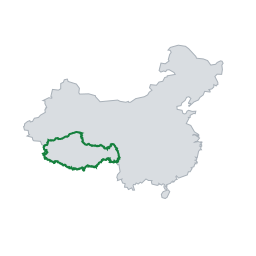 where Xizang sits in China, rotated 352°
{"feature_id": "CHN-1662", "entity_name": "Xizang", "entity_type": "Autonomous Region", "adm_level": 1, "iso_a3": "CHN", "parent_name": "China", "parent_adm1": "", "projection": "robinson", "projection_center": [89.0, 31.884], "detail": "fine", "context": "in_parent", "style": "outline", "palette": "green", "viewbox_px": 256, "rotation_deg": 352, "n_neighbors": 0, "source": "natural_earth", "source_scale": "10m", "svg_char_len": 9176}
<svg xmlns="http://www.w3.org/2000/svg" viewBox="0 0 256 256"><g transform="rotate(352 128 128)"><path d="M149.0,188.9L144.0,186.9L143.6,184.6L144.4,183.4L140.9,182.8L138.7,181.0L133.9,184.5L132.7,183.4L130.3,184.9L128.4,183.6L127.2,185.2L125.6,184.7L125.0,185.7L125.8,190.4L124.0,190.2L123.4,187.8L119.9,189.0L119.0,186.7L116.3,186.1L117.4,182.7L115.0,181.7L114.3,178.6L114.9,177.7L110.2,178.6L110.7,177.2L110.0,175.5L111.1,172.8L114.1,170.2L113.9,162.9L112.6,163.0L111.8,160.4L110.2,158.9L109.0,160.1L105.2,159.3L106.2,157.8L105.7,156.5L104.6,157.1L105.4,155.7L104.2,154.8L101.9,156.6L99.1,155.4L94.1,158.4L92.0,161.3L89.5,162.2L86.9,160.7L81.9,159.8L78.2,164.0L77.2,160.7L73.5,161.8L69.9,160.6L69.1,161.4L68.1,160.6L67.6,161.4L66.4,159.9L64.4,159.7L64.6,158.5L61.2,157.1L60.7,155.8L58.8,156.0L53.3,151.1L51.0,151.0L49.9,152.3L42.8,146.5L41.5,146.9L41.5,144.1L40.3,141.7L43.3,141.8L41.8,135.3L42.7,134.0L40.3,132.5L39.5,129.0L33.0,127.6L32.1,126.6L31.9,124.0L26.9,121.9L29.5,120.8L28.8,119.9L28.8,116.5L25.2,115.6L24.8,112.0L25.8,111.5L26.2,109.5L29.3,107.6L31.8,107.0L32.1,108.4L34.4,108.2L36.6,105.3L40.8,105.1L43.1,103.1L48.3,101.0L48.2,98.4L49.5,97.5L49.0,96.8L50.4,96.3L49.1,92.3L49.6,89.7L47.6,89.0L53.8,87.0L56.6,87.9L56.9,86.7L56.0,86.0L58.6,79.3L64.4,80.8L66.8,79.8L67.6,74.6L70.4,73.7L71.6,71.4L74.7,71.1L75.2,73.6L83.0,77.3L85.4,81.9L84.2,86.3L84.9,87.7L93.9,88.7L100.2,91.5L100.2,92.5L104.0,98.1L121.6,98.9L123.9,100.5L129.4,102.2L132.1,101.7L132.2,102.6L133.9,102.9L139.8,100.0L148.6,99.3L152.1,97.9L154.0,95.5L157.0,93.9L154.9,91.2L156.3,88.2L162.1,89.6L165.1,86.8L168.9,86.6L171.4,83.1L173.9,82.8L174.1,81.8L182.2,81.5L181.4,79.5L176.8,76.0L174.4,76.0L173.2,77.4L171.1,76.5L168.3,77.2L166.8,75.4L169.7,68.3L173.8,69.6L178.0,67.3L177.4,65.9L179.5,61.0L181.3,59.0L180.6,57.0L178.5,56.4L181.1,54.1L189.3,53.0L196.3,55.1L199.1,57.9L205.2,66.7L205.5,68.4L212.2,70.1L216.2,72.3L218.7,77.2L223.6,77.1L225.5,75.5L229.0,74.4L230.4,74.9L231.2,77.1L229.7,78.8L229.6,83.3L228.2,87.9L223.7,87.1L221.2,89.1L223.3,95.3L223.1,97.4L221.0,98.1L221.5,98.9L219.0,97.0L218.7,99.3L216.4,101.0L213.4,101.2L214.5,102.9L214.2,103.8L209.0,102.4L207.0,105.8L203.5,107.7L201.7,110.0L196.9,111.4L191.5,115.1L191.2,114.3L193.1,113.5L193.4,112.3L191.5,112.3L191.4,111.6L194.4,107.5L192.6,105.5L190.3,105.8L188.3,108.7L184.8,110.7L183.6,113.2L179.4,113.4L179.3,116.4L184.0,118.0L184.4,121.1L185.7,121.9L187.3,121.8L188.8,119.6L190.5,118.9L193.8,120.5L197.5,120.8L196.6,123.2L195.1,122.7L191.3,124.1L191.0,126.2L189.3,125.9L189.8,126.8L186.3,131.7L190.5,134.2L193.3,141.1L197.1,144.3L197.0,145.2L192.3,143.4L190.6,144.2L193.1,144.0L197.5,147.9L194.4,150.8L192.8,150.8L191.9,151.4L195.7,151.2L198.9,153.0L196.9,154.7L198.6,154.7L198.5,156.2L196.8,156.2L197.7,157.0L197.1,158.3L197.7,159.8L196.0,159.6L194.6,161.0L192.5,166.9L190.8,166.3L192.0,168.2L190.5,169.4L189.3,169.1L191.1,169.6L191.3,172.2L189.7,172.0L190.1,172.9L189.0,173.0L187.9,175.5L185.0,176.2L185.8,177.1L183.4,180.0L181.7,179.7L180.2,182.7L171.2,184.6L169.3,182.1L168.6,182.9L169.5,185.8L167.8,185.9L166.0,187.7L165.1,186.9L165.0,187.9L163.6,187.4L162.4,188.7L158.0,189.6L157.1,191.3L158.5,193.1L157.9,194.1L156.2,193.8L155.3,191.4L156.2,189.0L154.8,188.1L153.3,189.2L150.8,187.2L150.9,188.3L149.0,188.9ZM159.1,194.8L160.5,196.8L157.1,202.0L155.1,203.0L152.0,201.6L151.8,198.3L154.0,195.9L159.1,194.8ZM197.4,146.1L196.2,145.8L194.9,144.7L195.9,144.9L197.4,146.1ZM199.6,152.2L198.6,152.4L198.4,151.9L199.6,152.2ZM192.0,171.4L191.6,172.1L191.6,171.2L192.0,171.4ZM157.6,191.1L158.5,190.7L158.4,191.2L157.6,191.1Z" fill="#d9dde1" stroke="#a8b0b8" stroke-width="1"/><path d="M43.0,138.4L42.0,137.6L41.9,137.2L42.0,136.4L41.7,135.3L41.8,135.0L42.7,134.4L42.7,134.1L42.6,133.9L42.9,133.7L43.5,133.4L44.0,133.5L44.5,133.3L45.4,133.6L45.6,133.5L46.3,132.3L46.0,131.4L46.6,131.1L46.5,130.7L47.1,130.0L47.4,129.3L47.5,128.8L48.2,129.3L49.6,129.6L50.0,129.8L50.2,129.7L50.3,129.4L50.8,129.7L51.5,129.6L52.2,130.0L53.6,129.7L53.9,129.2L54.7,128.7L54.8,128.3L55.1,128.1L56.2,128.3L56.6,128.1L57.1,128.2L57.1,128.9L57.6,129.3L58.0,129.2L59.4,129.5L60.3,129.4L60.8,129.2L61.4,129.4L62.8,128.6L63.5,128.5L64.1,128.1L64.9,127.8L65.3,127.9L65.9,127.8L66.2,128.0L66.4,128.2L66.9,127.8L67.7,127.8L68.2,127.3L68.7,126.3L69.4,126.0L69.6,125.8L70.3,125.8L70.7,125.7L72.1,125.5L72.7,125.2L73.5,125.3L74.6,125.2L75.0,124.9L76.0,124.8L76.7,124.8L77.5,125.2L78.0,125.2L78.5,125.6L79.4,125.6L81.0,126.4L80.4,126.5L80.1,126.8L80.4,127.3L81.4,127.5L81.0,128.8L81.2,129.1L80.3,129.5L80.2,130.1L80.6,130.7L80.6,131.3L81.4,131.3L81.5,131.7L81.1,132.2L81.4,132.9L81.4,133.6L81.6,133.8L81.4,134.5L80.9,134.8L80.8,135.0L81.2,135.7L81.8,136.1L81.8,136.4L82.0,136.5L82.1,136.9L82.7,137.2L82.9,137.5L82.9,137.9L83.3,138.3L83.7,138.4L84.3,138.8L84.9,139.0L85.2,138.9L85.5,138.6L86.2,138.5L86.4,138.2L87.1,138.2L87.2,138.3L87.7,139.3L88.4,139.7L88.7,139.7L89.3,140.3L89.7,140.1L90.1,140.2L90.2,140.7L90.7,140.6L91.7,140.7L92.0,140.6L92.4,140.8L93.0,140.7L93.1,141.1L93.7,141.0L94.3,141.5L94.6,141.5L94.8,141.7L95.1,141.5L95.6,141.4L95.9,141.5L96.1,141.8L97.0,141.8L97.2,141.7L97.8,141.5L97.9,141.3L98.1,141.4L98.8,141.0L99.3,141.6L99.9,141.9L100.1,142.5L100.5,142.8L101.2,142.9L101.4,143.1L101.6,143.2L101.8,143.8L101.6,143.9L101.5,144.1L101.7,144.7L102.0,145.0L102.6,144.9L102.9,145.0L103.1,145.2L104.1,145.1L104.3,145.2L104.6,145.9L104.7,145.7L104.7,145.1L104.4,144.8L104.5,144.5L105.0,144.3L105.5,144.9L106.6,145.3L106.7,145.0L106.6,144.7L106.7,144.3L106.5,144.0L107.4,143.8L108.0,143.8L108.1,143.6L108.4,143.6L108.4,143.4L108.3,143.2L108.4,142.8L108.8,142.7L108.8,142.2L108.6,142.1L108.7,141.8L109.5,141.8L109.7,142.0L110.0,141.6L111.1,141.9L111.8,142.4L111.8,142.8L112.7,144.0L112.6,144.7L113.1,145.3L113.2,145.6L114.3,146.7L113.9,147.2L113.5,146.8L113.3,147.5L113.7,147.7L114.1,148.2L114.0,148.7L114.7,149.4L114.5,149.6L114.7,150.5L114.9,151.9L115.0,152.2L115.1,152.8L115.0,153.2L114.9,154.0L115.1,154.4L115.2,155.4L115.4,155.8L114.9,155.9L115.1,156.6L114.7,156.9L114.7,157.1L114.9,157.4L114.7,157.5L114.2,156.8L113.7,156.9L113.7,157.3L113.9,157.8L113.6,158.2L113.8,159.1L113.5,159.7L113.1,160.1L112.5,159.5L112.4,160.1L111.9,160.4L111.4,160.1L111.4,159.9L111.1,159.5L110.6,159.5L110.3,159.0L110.2,158.9L110.0,159.0L109.8,158.7L109.4,159.4L109.4,159.8L109.2,159.8L109.0,160.1L108.2,159.5L107.7,159.6L106.7,159.2L106.2,159.1L105.5,159.4L105.2,159.2L105.4,159.0L106.0,158.3L105.9,158.1L106.3,158.0L106.3,157.8L105.8,156.8L105.4,156.6L105.0,157.0L104.8,157.0L104.7,156.3L104.8,156.1L105.2,156.0L105.4,155.7L104.9,155.7L104.7,155.5L104.6,155.2L104.3,155.2L103.6,155.4L103.3,155.2L103.1,155.3L103.0,155.8L102.5,155.7L102.3,155.9L102.3,156.2L102.2,156.5L101.8,156.6L101.3,156.5L101.2,156.4L100.4,156.1L99.6,156.0L99.4,155.5L99.0,155.4L98.7,155.8L98.2,155.9L98.0,156.1L97.8,156.1L97.8,156.3L98.1,156.7L97.7,157.0L97.4,157.1L96.8,157.4L96.6,158.1L96.3,158.0L94.8,158.2L94.3,158.5L94.2,158.8L93.9,159.2L94.0,159.4L93.9,159.6L93.1,159.8L92.6,160.3L92.4,160.2L92.0,160.5L91.9,160.8L92.1,160.8L92.2,161.1L92.0,161.4L91.6,161.7L91.1,161.8L91.0,161.7L90.9,161.9L90.7,161.8L90.7,162.0L90.4,161.6L89.8,162.1L89.5,162.0L89.4,162.2L89.1,162.2L88.9,161.9L88.6,161.9L88.4,161.7L88.2,161.7L88.2,161.3L87.4,161.1L86.9,160.7L86.6,160.7L86.1,161.2L85.6,160.9L84.7,160.7L84.0,160.7L84.4,160.2L83.6,159.8L83.3,159.9L83.0,159.5L82.8,159.7L82.5,159.6L81.9,159.7L81.3,160.3L80.6,160.5L80.2,160.9L79.8,161.6L79.4,161.9L79.0,162.7L78.8,162.7L78.5,163.1L78.4,163.5L78.6,163.9L78.5,164.0L78.2,164.0L77.7,163.5L77.6,163.0L77.9,162.5L78.0,161.7L77.9,161.4L77.9,161.1L77.1,160.6L76.3,161.1L75.3,161.3L75.3,161.5L74.3,161.4L73.9,161.9L73.4,161.9L73.2,161.8L72.6,161.9L72.7,161.7L72.3,161.8L71.8,161.8L71.3,161.3L70.9,161.3L70.7,161.0L70.3,161.0L70.3,160.7L70.1,160.6L69.8,160.7L69.6,160.6L69.5,161.3L69.2,161.4L68.3,161.0L68.2,160.7L68.3,160.5L68.2,160.4L67.9,160.7L68.0,161.4L67.8,161.5L67.5,161.5L67.1,160.4L66.6,160.1L66.5,159.6L66.2,160.0L65.5,159.8L65.3,159.9L64.3,159.7L64.2,159.2L64.5,158.8L64.6,158.5L64.2,158.3L63.7,158.7L63.3,158.7L62.8,158.5L62.8,158.3L62.6,158.1L62.0,157.9L61.7,157.4L61.2,157.2L61.2,156.7L60.8,156.1L60.9,155.9L60.7,155.7L60.0,155.5L59.2,155.8L59.0,156.1L58.6,156.0L58.5,155.6L58.1,155.2L58.0,154.8L57.9,154.7L57.7,154.7L57.7,154.4L57.4,154.1L57.1,154.1L57.0,154.3L56.6,153.9L56.4,153.8L56.1,153.9L55.6,153.4L55.6,153.2L55.4,153.2L55.1,152.8L54.3,152.3L53.7,152.2L53.6,151.9L53.7,151.7L53.4,151.5L53.5,151.1L52.4,150.9L51.8,150.7L51.5,150.9L51.4,151.1L50.9,150.9L50.8,151.8L50.5,151.9L50.5,152.1L50.3,152.4L49.8,152.4L49.4,151.4L48.7,151.1L48.5,150.8L48.1,150.5L47.7,150.5L46.8,150.1L46.6,150.1L46.7,149.9L46.5,149.6L46.8,149.4L46.5,149.1L46.2,149.1L45.4,148.4L45.0,148.3L44.4,148.5L44.1,148.1L43.8,148.1L43.7,147.7L43.3,147.1L43.2,146.8L42.9,146.3L42.7,146.2L42.1,147.0L41.5,146.9L41.5,146.3L41.3,146.0L41.8,145.6L41.4,145.3L41.3,144.9L41.5,144.1L41.2,143.7L40.7,143.0L40.5,142.9L40.6,142.1L40.3,141.6L41.2,141.4L41.6,141.2L41.7,141.9L42.3,142.4L42.8,142.3L42.9,141.9L43.6,141.6L43.7,141.4L43.9,141.4L44.0,141.6L44.8,140.8L44.1,139.7L43.8,139.6L44.0,139.5L44.0,139.1L44.1,138.9L44.3,138.5L44.2,138.4L43.0,138.4Z" fill="none" stroke="#15803d" stroke-width="2"/></g></svg>